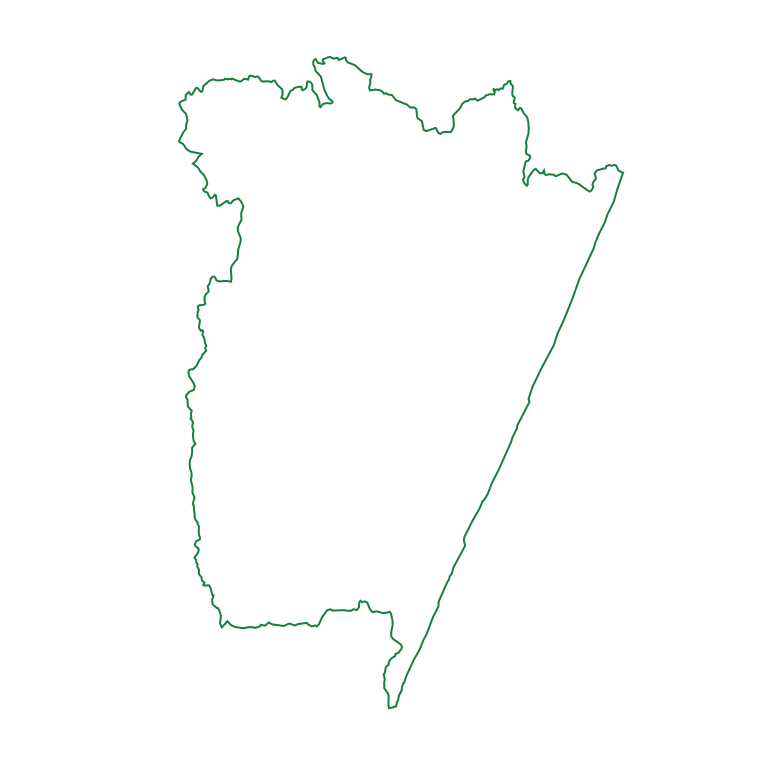 the district of Manakara Atsimo, Vatovavy-Fitovinany, Madagascar, rotated 4°
{"feature_id": "10022922B29911348985828", "entity_name": "Manakara Atsimo", "entity_type": "district", "adm_level": 2, "iso_a3": "MDG", "parent_name": "Madagascar", "parent_adm1": "Vatovavy-Fitovinany", "projection": "natural_earth1", "projection_center": [47.828, -21.964], "detail": "fine", "context": "isolated", "style": "outline", "palette": "green", "viewbox_px": 768, "rotation_deg": 4, "n_neighbors": 0, "source": "geoboundaries", "source_scale": "gbopen_adm2", "svg_char_len": 6049}
<svg xmlns="http://www.w3.org/2000/svg" viewBox="0 0 768 768"><g transform="rotate(4 384 384)"><path d="M169.0,106.4L166.1,109.6L166.2,114.2L161.3,116.6L160.2,118.6L163.0,124.1L167.5,128.2L169.6,134.4L168.5,139.6L168.9,143.0L166.2,147.0L162.6,155.6L163.3,157.1L166.8,158.6L170.7,163.5L174.4,165.7L186.2,167.1L182.9,170.6L181.1,174.6L178.0,177.5L183.4,181.1L186.0,184.9L189.8,188.1L192.8,193.2L193.8,196.9L192.1,200.9L190.1,202.3L190.0,203.1L192.1,204.8L194.5,205.3L196.9,209.8L198.2,210.9L200.0,209.9L202.0,207.0L203.1,207.5L205.2,217.6L207.8,217.7L214.3,212.4L215.4,212.5L216.3,214.2L218.5,214.5L221.3,211.0L225.9,209.0L229.2,212.7L231.4,216.9L229.6,223.7L230.4,230.1L227.8,236.1L227.2,239.1L227.7,241.9L231.0,248.7L231.0,252.4L229.3,259.3L229.0,269.3L224.0,276.5L223.2,280.4L224.5,289.1L224.2,292.6L219.3,292.1L212.7,293.2L209.5,292.2L208.2,289.6L207.0,288.8L205.1,289.3L203.8,291.1L202.9,296.3L201.3,298.9L202.7,303.7L199.8,307.2L199.1,309.6L198.9,312.0L200.1,316.3L198.6,317.6L193.9,318.5L192.8,319.9L193.9,323.4L193.1,325.1L193.2,330.4L196.0,333.3L195.4,340.6L197.5,343.7L198.9,342.9L199.9,344.0L199.5,347.8L201.4,350.6L202.6,355.6L204.1,358.3L203.1,360.9L204.3,363.2L200.6,367.8L200.2,370.1L198.0,373.3L195.8,378.7L192.8,382.4L188.9,383.4L188.0,385.8L189.2,390.0L194.1,396.5L195.4,399.3L194.6,403.3L190.5,405.2L187.5,408.9L187.3,410.4L189.1,413.6L189.9,420.1L194.1,424.3L193.4,427.3L194.1,430.4L193.3,432.2L195.1,433.6L196.1,435.8L195.6,440.1L197.2,443.5L196.9,448.7L198.1,454.0L200.0,456.9L197.0,460.9L197.4,465.5L197.0,470.0L195.6,473.8L195.9,478.4L196.4,481.7L198.1,485.5L198.5,489.6L198.0,493.2L200.2,500.0L200.5,505.8L202.9,510.4L201.6,517.1L202.6,518.3L204.7,531.0L205.8,533.2L207.7,534.9L207.5,535.6L209.3,539.1L209.6,545.9L211.1,550.2L211.3,551.8L207.5,554.0L206.4,557.3L207.2,558.9L210.4,561.0L210.7,562.3L210.2,565.4L207.0,570.3L208.9,572.8L209.3,575.2L210.6,576.7L210.5,579.3L212.4,582.2L212.5,586.4L215.4,589.5L216.2,592.7L218.8,594.7L217.7,597.0L218.5,597.7L223.3,597.0L225.1,599.2L227.3,606.1L228.7,606.7L227.6,611.3L228.5,615.8L232.6,619.0L233.5,618.8L235.3,621.0L237.6,626.9L237.1,634.3L239.2,638.1L244.3,631.6L247.8,634.9L251.9,636.7L260.0,637.5L267.4,635.8L272.6,636.1L275.7,635.2L277.5,634.0L278.0,632.8L282.2,633.4L285.6,630.0L289.4,631.6L301.1,632.4L305.2,630.0L306.8,629.7L311.9,631.1L315.3,629.4L323.8,627.7L324.9,629.0L328.9,630.8L332.7,629.6L333.8,630.6L335.8,628.4L338.4,621.1L343.1,613.6L346.5,612.5L348.5,613.6L359.9,612.4L365.0,612.8L367.3,612.3L369.1,610.9L372.8,611.3L374.6,608.4L374.6,603.5L375.6,601.9L377.3,603.2L379.7,602.2L382.5,603.1L385.8,609.8L388.5,612.4L392.3,611.3L398.4,612.5L403.1,611.9L405.5,610.8L407.1,612.9L409.0,619.4L409.4,624.1L408.5,631.1L408.9,635.5L411.1,637.9L418.9,642.6L420.3,645.0L419.9,646.9L417.1,651.3L414.5,652.3L414.0,654.6L410.8,657.0L408.5,660.0L408.0,663.9L405.6,666.2L404.9,672.1L404.0,673.7L405.4,679.0L405.0,681.2L405.5,687.4L409.7,692.7L410.4,695.1L410.8,703.9L411.5,707.1L418.5,704.8L419.0,700.9L420.2,698.3L420.6,693.9L422.9,688.5L423.3,684.2L424.2,681.1L424.9,680.7L426.7,673.6L433.1,656.8L438.2,646.2L441.0,637.2L444.0,630.4L449.1,613.2L453.8,602.2L453.7,597.3L461.0,577.1L462.5,574.6L463.0,571.2L464.8,568.5L466.1,562.2L476.2,539.7L474.6,534.4L474.7,531.5L482.0,513.9L488.0,501.6L490.7,493.7L492.1,492.6L495.2,486.4L498.6,475.2L504.6,461.0L514.9,432.8L515.7,428.8L519.7,419.0L519.8,416.2L530.4,391.7L529.2,388.9L532.3,376.6L539.7,358.0L550.8,333.1L553.8,321.0L558.9,307.8L566.1,285.5L571.3,266.5L583.7,234.1L585.1,227.6L588.4,218.1L592.9,207.7L595.0,199.6L600.5,186.0L603.2,173.3L607.8,156.4L605.7,156.1L602.9,154.4L600.4,150.0L598.9,149.4L595.7,150.4L593.2,149.9L590.5,151.2L590.2,153.1L581.5,156.0L579.6,159.0L581.0,164.4L578.7,168.0L578.0,170.6L579.1,172.9L577.2,176.8L575.5,177.7L563.1,170.3L557.6,169.2L551.4,162.4L547.1,161.6L540.6,164.8L538.8,163.4L533.6,163.3L531.1,164.2L529.6,163.4L528.7,159.9L527.1,162.8L524.7,162.8L520.3,158.8L518.6,159.9L513.8,167.4L513.1,170.6L513.5,174.8L512.7,176.3L509.8,173.8L508.4,170.6L509.8,167.7L508.2,162.1L509.7,153.0L510.2,151.8L512.5,151.1L514.1,148.0L513.6,146.1L510.1,144.6L509.3,142.6L509.7,136.6L508.7,133.1L510.6,124.6L510.6,119.1L509.6,112.3L508.2,107.9L504.5,104.2L501.5,99.3L500.2,99.2L498.5,101.7L495.4,99.2L495.6,95.3L494.3,95.0L493.8,94.0L494.4,89.0L492.5,87.9L491.7,85.8L491.8,77.9L489.4,75.6L488.9,72.9L487.1,73.3L485.4,75.9L482.9,77.4L481.8,81.2L479.4,81.1L477.9,83.0L476.3,82.0L474.7,83.1L472.9,82.1L472.7,82.9L474.1,85.4L473.5,87.5L469.7,87.5L465.5,89.1L464.1,91.0L457.5,94.9L454.9,92.9L452.8,93.9L450.2,93.8L447.8,95.9L445.1,96.6L442.5,99.2L440.6,103.6L434.0,111.7L434.9,114.7L435.7,122.3L433.9,126.7L432.9,128.1L427.0,128.3L424.8,128.9L423.1,130.5L420.8,129.9L417.7,124.9L408.4,128.8L405.9,127.7L403.4,118.9L399.4,117.0L398.4,115.2L397.1,107.6L394.9,106.0L391.1,106.4L387.4,103.7L376.3,100.1L371.8,95.3L367.4,94.8L366.0,93.8L363.7,94.4L362.1,92.5L360.0,91.4L354.9,90.8L349.5,92.1L348.4,89.5L349.5,83.9L348.8,81.6L349.7,79.9L349.9,75.8L345.5,76.1L340.8,74.2L332.6,67.9L325.5,65.7L323.5,63.6L323.2,61.4L322.2,60.9L316.4,63.9L315.3,62.2L314.3,61.9L311.2,63.0L307.4,61.5L305.2,62.1L300.3,64.6L300.3,66.0L302.2,68.2L301.2,69.0L295.8,68.3L293.1,64.6L291.8,65.3L290.9,67.5L291.3,70.6L292.9,72.9L293.8,76.4L299.6,81.8L304.1,94.8L307.2,100.4L309.0,102.9L313.0,105.7L312.6,107.2L311.4,107.9L307.3,107.8L303.6,108.9L301.3,112.2L300.3,111.6L300.0,107.4L296.7,100.3L292.2,96.0L291.5,90.3L289.6,88.0L287.8,87.4L286.6,87.6L286.2,88.8L286.1,93.3L285.2,94.8L282.4,96.6L281.6,96.1L280.9,93.3L277.9,93.5L273.8,95.0L272.9,96.7L270.1,98.4L267.6,104.9L265.9,107.0L261.6,105.5L262.6,102.5L262.1,97.3L256.7,93.0L253.9,89.0L252.1,89.2L250.5,90.7L247.4,90.0L242.5,90.8L240.5,90.3L237.0,86.0L233.9,86.7L229.3,85.6L227.7,87.0L227.3,89.8L223.2,89.3L220.2,92.2L217.8,92.2L211.1,89.9L210.5,90.7L207.7,90.4L207.2,91.0L203.9,90.7L203.4,91.6L199.9,92.4L195.8,92.8L192.2,92.0L188.7,93.7L183.2,99.2L182.1,104.9L180.8,105.3L177.4,101.8L176.0,101.6L172.4,108.6L171.0,108.9L169.0,106.4Z" fill="none" stroke="#15803d" stroke-width="2"/></g></svg>